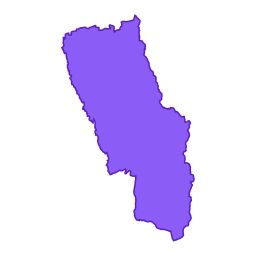 Fray Mamerto Esquiú, Catamarca, Argentina (Natural Earth projection)
{"feature_id": "61730980B86021730445369", "entity_name": "Fray Mamerto Esquiú", "entity_type": "district", "adm_level": 2, "iso_a3": "ARG", "parent_name": "Argentina", "parent_adm1": "Catamarca", "projection": "natural_earth1", "projection_center": [-65.731, -28.34], "detail": "fine", "context": "isolated", "style": "filled", "palette": "violet", "viewbox_px": 256, "rotation_deg": 0, "n_neighbors": 0, "source": "geoboundaries", "source_scale": "gbopen_adm2", "svg_char_len": 5742}
<svg xmlns="http://www.w3.org/2000/svg" viewBox="0 0 256 256"><path d="M136.6,219.9L139.3,220.5L139.4,219.7L139.9,219.7L141.9,220.6L143.0,220.6L143.6,220.2L144.7,220.4L145.1,221.1L147.7,221.8L150.6,221.3L152.9,222.4L153.1,222.8L155.1,224.5L155.6,225.2L156.0,226.3L156.9,227.8L160.6,229.3L163.9,229.4L167.6,230.4L170.2,231.5L170.7,231.2L172.4,238.5L172.7,238.7L173.5,240.6L176.0,240.0L180.8,237.9L182.2,236.9L183.5,235.3L183.2,234.0L183.0,230.2L183.8,228.1L186.0,225.9L188.0,225.7L188.7,224.0L188.1,223.0L190.4,219.8L191.1,218.3L190.5,215.2L190.1,214.6L189.4,212.6L189.4,211.7L189.9,208.9L189.8,207.7L190.0,205.5L189.8,204.6L190.1,202.2L191.0,201.1L191.3,200.3L191.0,199.1L191.0,197.3L190.3,196.9L188.8,196.4L189.4,194.7L189.3,193.9L189.4,192.2L189.9,191.3L190.1,189.9L190.9,188.5L191.5,186.5L192.2,185.6L192.3,184.6L191.6,184.3L191.5,183.8L190.4,182.0L190.7,181.7L192.6,181.8L193.1,181.5L193.7,180.5L194.1,178.9L193.7,178.1L193.4,175.8L193.0,175.1L190.7,174.1L190.3,173.5L190.6,172.1L190.2,170.5L190.4,167.2L190.2,166.4L189.7,165.8L189.5,164.4L188.8,164.0L188.7,163.6L186.6,162.9L184.7,162.9L184.6,161.6L185.0,159.6L184.9,156.8L183.3,154.3L183.3,153.8L183.7,151.9L185.3,151.3L186.1,150.5L185.8,150.1L185.8,148.9L186.2,146.7L186.1,145.4L185.5,144.2L185.7,142.6L186.8,141.0L187.4,140.6L189.5,135.4L189.1,134.1L189.1,133.0L187.6,130.3L189.2,127.8L189.4,127.1L189.1,125.8L189.1,125.1L190.5,123.2L189.8,122.0L189.6,121.2L188.9,120.9L188.0,121.0L187.1,122.0L186.0,122.1L184.8,121.8L184.9,119.7L184.3,117.8L184.3,116.6L183.4,116.5L182.5,116.9L181.8,116.9L179.5,114.8L178.8,113.6L177.2,111.8L176.3,111.6L175.4,111.9L175.1,110.7L174.3,109.7L173.9,108.6L173.2,108.0L170.5,107.6L170.3,107.8L170.2,108.6L170.0,108.9L169.1,109.0L168.9,108.6L168.6,108.5L167.7,109.1L166.7,108.5L165.0,108.2L164.3,107.6L163.3,107.7L163.1,107.1L162.1,106.6L161.6,105.2L160.4,104.0L159.7,102.3L159.9,100.5L160.8,100.1L161.5,99.4L161.9,95.6L161.7,95.0L161.8,93.6L160.3,92.6L159.7,91.2L159.1,91.2L159.1,89.8L158.4,89.3L158.2,88.9L158.0,87.8L158.2,86.2L157.7,85.0L157.3,83.0L156.1,82.0L155.9,81.6L155.8,80.8L156.0,79.0L155.7,78.3L156.0,77.7L155.6,76.7L154.6,75.7L154.1,75.7L153.5,75.3L153.4,73.2L152.8,71.6L151.9,71.1L151.2,70.3L150.9,70.3L150.4,69.5L148.9,64.8L149.1,64.1L149.0,63.2L148.3,61.5L147.7,60.9L147.2,59.1L146.2,57.3L144.0,55.4L144.1,53.6L144.4,53.1L144.4,51.5L144.6,50.6L144.2,49.5L144.5,49.2L145.3,49.1L145.3,48.8L145.0,48.0L145.2,47.1L145.1,46.8L145.4,46.0L145.2,44.6L143.2,42.9L142.0,41.0L139.4,40.5L139.2,39.5L139.5,38.8L139.5,37.5L139.0,36.9L139.6,36.2L139.1,34.4L139.0,32.8L139.0,31.5L139.5,30.6L138.9,28.5L139.1,27.7L138.3,26.7L138.3,26.4L139.8,22.5L139.9,20.8L139.7,20.2L138.9,19.6L138.2,18.5L137.7,18.4L136.7,17.5L136.1,16.1L134.9,15.4L134.7,16.7L134.3,17.4L133.7,20.1L132.1,20.3L131.8,20.7L127.9,21.5L125.6,21.7L124.3,21.4L122.5,21.5L121.3,22.1L121.7,23.7L121.7,25.4L121.6,26.1L120.8,26.6L119.5,29.8L116.9,30.1L115.4,30.9L115.1,31.5L114.4,32.0L114.1,31.3L114.0,29.6L114.2,27.8L114.0,26.7L113.4,26.0L110.7,25.3L109.9,24.9L109.4,25.2L109.3,25.9L109.5,26.7L110.0,27.4L110.3,27.6L110.1,28.0L110.2,28.4L109.8,28.2L108.2,29.1L106.6,28.5L105.2,28.5L103.3,29.3L102.3,30.3L101.0,30.1L99.8,30.3L98.8,30.2L99.0,29.0L98.8,27.5L95.7,27.2L95.6,26.6L95.8,25.9L95.1,25.5L94.1,25.8L93.6,26.4L92.3,26.6L91.1,27.2L90.0,27.4L88.3,28.6L86.5,28.2L85.7,27.5L84.5,27.2L84.1,27.5L80.2,27.9L79.0,28.7L79.0,28.3L78.9,28.7L78.2,29.2L76.6,29.2L76.5,29.9L75.9,31.1L72.9,31.4L72.0,31.6L71.4,32.1L71.1,32.7L71.4,34.8L70.8,35.1L69.3,35.1L68.9,34.8L68.8,33.2L68.4,33.1L65.6,34.1L65.4,34.3L65.3,36.9L64.8,38.6L64.1,37.6L63.4,37.5L63.4,38.0L63.5,39.9L63.2,43.2L64.0,45.6L63.1,46.5L62.6,47.4L61.9,47.7L62.2,48.1L62.5,49.2L63.1,49.4L63.3,50.5L63.9,51.3L63.9,52.2L64.6,52.2L64.9,52.7L64.7,53.3L65.1,53.3L65.2,53.5L65.8,53.2L66.3,54.1L66.5,57.4L67.5,60.5L67.5,62.4L68.2,63.0L68.4,63.8L67.5,64.7L67.6,68.1L68.3,69.2L68.3,70.8L68.5,71.0L69.3,71.0L69.2,73.8L69.5,74.6L70.2,75.1L71.4,75.4L71.4,76.6L70.7,77.3L70.3,77.3L70.0,78.5L70.9,79.6L71.8,81.5L71.5,83.0L71.9,84.5L72.8,84.6L73.7,85.9L74.0,87.1L75.2,87.7L75.2,88.4L75.8,89.0L76.1,90.4L76.8,90.7L76.6,91.6L77.0,92.7L77.0,93.6L77.7,94.1L78.3,94.2L79.4,96.0L79.5,98.1L80.4,98.6L80.4,99.3L81.5,100.9L81.5,101.5L81.9,102.1L82.7,102.7L83.3,101.9L83.7,101.9L84.3,104.1L84.3,104.9L83.9,106.5L83.4,106.6L83.0,107.4L82.8,108.2L83.0,109.4L83.5,109.3L83.9,108.7L84.4,109.3L85.0,111.1L85.4,111.4L86.1,111.4L86.7,111.9L86.9,114.0L87.3,114.2L87.4,114.9L87.4,115.9L87.6,116.3L88.9,116.1L89.6,117.1L89.1,119.3L89.6,120.3L90.7,120.9L91.3,120.8L92.4,122.5L93.0,122.9L93.1,121.6L93.7,119.3L94.6,120.7L95.0,121.6L95.1,123.0L94.9,127.5L95.4,127.5L95.6,128.2L95.4,128.5L95.5,128.9L96.4,129.9L96.2,130.4L95.6,130.5L95.1,131.0L95.1,133.0L95.6,133.6L95.8,135.1L96.9,134.8L97.3,135.7L98.2,136.6L98.0,137.8L98.4,139.1L97.9,140.0L97.7,141.2L98.7,144.8L100.1,146.4L100.0,147.7L100.9,149.4L102.2,150.7L103.1,152.0L103.7,152.0L104.8,152.7L105.2,153.8L105.7,153.8L107.1,152.7L107.5,154.6L107.5,155.9L108.3,156.5L108.6,159.0L108.3,160.2L107.4,160.5L108.1,161.6L108.0,162.2L106.4,165.2L107.2,165.8L108.0,168.1L108.3,169.5L108.2,170.2L107.9,170.8L108.0,171.2L109.1,172.4L109.7,173.9L110.2,174.6L111.6,174.3L113.4,173.1L115.3,172.8L119.6,170.3L120.5,170.7L122.4,170.7L123.3,170.0L124.2,169.8L125.4,169.0L126.0,170.9L125.1,172.3L125.1,173.5L125.6,173.7L126.4,173.4L127.1,172.2L128.2,171.7L129.2,170.5L130.5,171.3L130.6,173.1L130.2,174.4L130.5,175.5L131.1,175.5L133.0,176.2L135.8,176.1L135.7,179.7L135.3,181.6L135.3,183.0L133.9,191.2L134.2,194.4L135.3,196.3L135.8,198.0L135.9,201.2L135.5,203.7L135.7,207.1L135.3,209.2L135.2,209.7L134.4,210.1L134.1,211.0L134.0,212.0L134.5,212.7L134.5,215.3L135.0,217.0L136.2,219.4L136.6,219.9Z" fill="#8b5cf6" stroke="#5b21b6" stroke-width="1.5"/></svg>